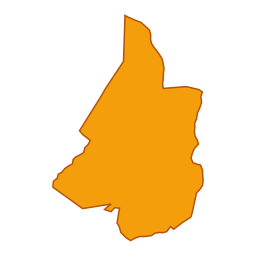 outline of Siriri, Sergipe, Brazil
{"feature_id": "56859067B39899980118162", "entity_name": "Siriri", "entity_type": "district", "adm_level": 2, "iso_a3": "BRA", "parent_name": "Brazil", "parent_adm1": "Sergipe", "projection": "natural_earth1", "projection_center": [-37.12, -10.561], "detail": "fine", "context": "isolated", "style": "filled", "palette": "amber", "viewbox_px": 256, "rotation_deg": 0, "n_neighbors": 0, "source": "geoboundaries", "source_scale": "gbopen_adm2", "svg_char_len": 1190}
<svg xmlns="http://www.w3.org/2000/svg" viewBox="0 0 256 256"><path d="M125.0,15.4L123.5,61.4L105.4,88.7L101.3,95.9L79.5,130.7L82.6,134.4L90.2,140.4L87.9,144.8L84.9,147.6L83.6,152.6L79.1,155.3L75.7,157.0L73.2,159.4L72.4,163.9L69.1,165.6L65.2,168.2L61.5,172.4L58.3,174.1L57.2,178.2L53.4,181.3L52.9,187.2L82.6,208.6L111.3,204.0L107.5,206.8L104.5,209.5L111.0,211.7L114.8,207.7L119.5,208.2L117.0,223.1L119.0,226.1L120.9,232.5L126.0,237.7L130.7,240.6L135.5,237.9L139.6,236.5L144.6,236.5L151.4,235.6L155.1,233.1L159.3,232.5L162.7,232.7L166.6,231.7L170.5,226.7L173.7,229.2L182.6,222.4L190.8,217.1L192.0,213.6L196.5,193.0L200.3,188.9L202.6,185.2L203.1,180.4L202.7,175.1L202.5,170.0L200.5,165.0L197.0,164.2L192.9,162.6L191.0,158.2L192.3,153.3L194.4,148.5L198.5,144.0L196.8,139.1L195.0,136.0L194.4,132.1L194.8,127.6L194.7,123.0L196.5,119.1L197.4,113.2L199.7,108.0L201.6,102.5L200.8,96.8L202.4,92.0L198.9,89.6L186.3,86.6L163.2,88.4L162.6,83.5L163.2,79.2L163.4,73.6L164.0,68.5L163.1,63.3L162.1,58.9L159.8,55.1L156.9,51.0L153.6,46.9L151.4,43.2L150.6,39.5L150.7,34.8L149.4,30.0L145.0,26.0L141.0,22.4L135.7,20.4L131.3,18.5L127.8,17.0L125.0,15.4Z" fill="#f59e0b" stroke="#b45309" stroke-width="1.5"/></svg>